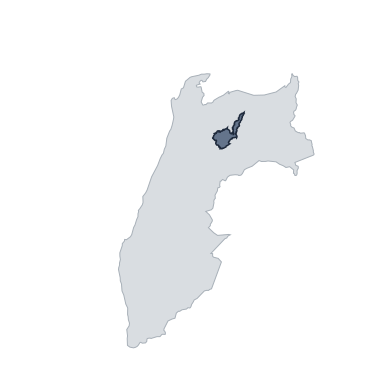 Alto Amazonas, Loreto, Peru shown in context, rotated 43°
{"feature_id": "86281439B99905701957938", "entity_name": "Alto Amazonas", "entity_type": "district", "adm_level": 2, "iso_a3": "PER", "parent_name": "Peru", "parent_adm1": "Loreto", "projection": "equal_earth", "projection_center": [-76.069, -4.915], "detail": "fine", "context": "in_parent", "style": "filled", "palette": "slate", "viewbox_px": 384, "rotation_deg": 43, "n_neighbors": 0, "source": "geoboundaries", "source_scale": "gbopen_adm2", "svg_char_len": 8529}
<svg xmlns="http://www.w3.org/2000/svg" viewBox="0 0 384 384"><g transform="rotate(43 192 192)"><path d="M256.9,108.0L256.8,109.1L255.7,109.7L254.8,108.9L253.4,109.1L251.3,106.5L246.2,106.9L244.0,110.0L240.7,110.6L237.0,112.0L232.9,112.6L226.4,117.5L224.9,119.5L222.0,122.3L219.6,123.3L218.4,132.1L216.0,137.2L215.1,140.0L216.3,144.2L216.3,146.3L215.0,148.0L213.9,148.2L211.7,150.0L208.4,153.9L207.8,156.9L208.9,160.8L208.5,161.2L205.8,162.0L205.8,164.2L205.3,165.0L207.6,168.2L208.8,168.9L208.9,169.7L208.7,170.5L208.2,170.8L208.1,171.5L209.8,173.9L211.0,178.6L213.4,180.8L213.4,182.3L214.1,183.8L215.4,184.9L218.3,189.6L218.3,191.8L215.3,196.8L220.3,196.8L225.8,198.5L226.6,199.3L227.2,201.5L227.3,203.0L228.4,204.2L228.3,206.9L235.6,207.0L240.3,206.3L247.9,197.9L249.2,197.2L248.5,199.0L248.4,200.4L248.8,201.8L247.9,203.8L247.7,224.1L249.1,223.0L250.9,224.9L252.2,225.0L256.4,222.7L261.2,223.1L272.3,249.5L271.3,251.3L271.3,252.6L269.9,253.8L268.5,255.9L268.3,266.4L267.2,269.5L267.8,271.2L268.4,274.5L269.4,276.5L269.6,277.8L269.5,278.3L267.9,279.4L267.8,281.3L265.0,285.0L264.4,287.6L263.4,288.4L263.1,291.2L265.6,295.9L264.0,298.6L262.4,302.7L264.9,311.3L265.9,312.5L267.0,312.4L268.7,313.2L269.5,314.4L267.5,316.1L267.1,316.8L267.2,319.6L265.0,321.7L261.9,327.1L261.1,327.3L259.6,329.0L259.3,329.8L259.5,330.5L260.8,332.1L260.9,334.1L258.7,336.5L257.2,336.8L256.6,337.4L257.2,340.7L257.2,342.2L256.7,343.9L255.6,345.8L252.4,347.8L249.4,348.2L244.5,343.3L243.0,341.2L238.1,337.1L237.3,332.7L235.7,330.5L232.7,328.9L230.3,326.7L228.5,325.6L224.1,320.7L220.0,319.1L212.4,313.9L208.3,312.1L203.1,307.3L200.2,305.9L198.0,303.7L191.1,298.8L190.0,297.3L188.9,294.9L187.4,293.4L185.7,290.2L183.1,288.2L180.7,285.7L177.6,278.8L176.2,277.2L176.1,274.1L175.1,272.6L176.6,271.6L177.5,266.7L177.0,264.3L173.5,257.7L172.8,255.0L170.3,249.9L169.3,246.9L167.3,244.7L166.4,242.8L165.3,242.0L165.2,239.7L164.4,235.2L163.3,233.0L159.1,228.8L158.7,224.3L157.8,221.1L152.1,208.4L148.8,196.1L146.0,189.3L144.8,185.3L144.7,183.2L142.6,179.6L141.5,176.2L136.9,169.8L134.1,162.7L133.8,160.6L131.9,156.6L128.9,151.5L127.5,149.5L118.5,143.2L114.3,139.3L113.8,137.3L114.0,136.2L114.9,135.1L116.2,135.9L117.0,135.6L117.6,134.2L117.6,132.1L116.8,129.3L113.9,124.0L114.7,121.6L111.7,115.5L112.4,109.5L113.1,108.0L117.4,101.9L118.6,99.3L120.4,97.7L122.3,95.3L124.6,93.4L125.3,94.1L125.9,97.3L125.8,99.5L126.5,101.9L124.9,104.0L123.2,103.6L122.5,104.1L122.3,105.2L122.5,106.8L123.0,107.5L124.3,107.5L122.5,110.7L122.7,111.4L123.9,111.9L125.0,111.1L126.3,109.3L127.0,109.0L131.4,112.1L133.4,111.8L135.0,113.2L135.1,115.5L137.3,119.9L140.6,121.0L141.1,120.6L141.9,119.0L142.6,118.7L142.7,116.2L145.6,113.6L146.0,111.8L145.6,110.6L145.6,109.6L147.3,103.7L147.8,103.1L148.3,101.3L148.9,100.1L149.9,93.6L150.7,93.6L151.4,95.2L152.3,94.8L151.8,93.3L152.0,92.8L155.1,87.6L156.1,86.4L171.2,79.2L178.7,71.8L185.3,61.5L187.4,51.0L188.2,51.8L189.4,51.5L189.0,47.3L189.3,45.3L189.3,44.7L187.2,42.1L186.3,39.4L184.5,37.8L184.6,37.2L186.5,37.8L188.3,37.6L189.8,35.8L190.9,36.0L193.3,38.3L195.2,38.6L195.7,40.2L197.5,41.5L200.1,45.1L201.2,49.0L201.1,49.8L202.3,51.8L204.7,52.8L207.1,55.7L209.7,56.6L210.8,59.2L211.5,60.1L211.9,61.6L211.5,63.3L211.8,64.3L213.7,65.8L215.3,65.9L215.7,66.6L216.6,70.9L216.0,73.1L216.2,74.3L218.3,75.4L218.9,76.3L220.6,76.5L223.0,75.6L225.9,76.9L228.2,76.4L229.2,76.1L230.3,75.1L231.1,75.2L233.5,72.4L234.1,72.2L236.6,73.4L238.7,75.3L241.2,74.9L242.3,73.8L244.1,73.1L247.5,75.4L248.2,76.5L249.1,76.7L252.7,79.1L253.4,80.0L255.3,80.9L255.7,81.6L255.5,82.5L247.1,100.2L249.7,101.7L252.1,100.8L253.4,101.9L254.3,104.8L256.2,106.7L256.9,108.0Z" fill="#d9dde1" stroke="#a8b0b8" stroke-width="1"/><path d="M186.2,133.7L186.3,133.2L186.5,132.6L186.6,131.8L186.8,131.0L186.2,131.3L186.0,131.2L185.5,131.1L185.2,130.9L184.8,130.8L184.8,130.6L184.9,130.4L184.6,130.0L184.4,129.8L184.4,129.7L184.7,129.2L184.6,128.7L184.3,128.1L184.3,127.5L184.3,127.2L184.6,126.6L184.5,126.2L184.5,125.9L185.0,125.9L185.1,125.6L185.1,125.4L185.0,125.2L184.7,124.7L184.8,124.5L186.1,123.1L186.4,122.4L186.6,122.1L186.9,122.0L187.4,122.0L187.7,122.1L187.4,121.3L187.2,120.9L187.0,120.7L186.3,120.3L186.0,120.2L185.8,120.1L185.2,120.1L184.9,119.8L184.6,120.0L184.4,120.0L184.1,119.9L183.9,119.6L183.8,119.2L184.1,118.6L184.1,118.4L183.3,117.9L183.4,117.7L183.3,117.0L183.2,116.6L182.3,116.1L181.9,115.9L181.7,115.3L181.8,114.7L181.7,114.3L181.7,114.2L181.4,114.1L181.2,114.0L181.4,113.3L181.4,112.8L181.4,112.4L181.5,112.2L181.6,111.8L181.5,111.3L181.3,111.0L180.6,110.6L180.4,110.4L180.2,110.4L180.1,110.2L179.9,110.1L179.6,109.6L179.5,109.1L179.7,108.7L179.7,108.4L179.6,107.7L179.0,107.1L178.9,107.0L178.9,106.7L179.1,106.1L179.0,105.5L178.9,105.4L178.8,105.2L178.8,104.8L178.7,104.7L178.4,104.6L178.1,104.0L178.1,103.6L178.0,103.3L177.8,103.1L177.5,102.8L177.2,102.6L177.3,102.3L177.2,102.0L177.2,101.4L177.1,101.1L177.1,100.9L176.8,100.5L176.7,100.3L176.7,99.6L176.4,99.8L176.3,99.6L176.4,99.3L176.2,99.2L176.2,98.9L176.1,98.7L176.0,98.8L175.8,98.7L175.7,98.5L175.6,99.2L175.6,99.5L175.6,99.9L175.5,100.0L175.4,100.1L175.1,100.1L174.9,100.3L175.0,100.9L174.8,101.4L174.6,101.6L174.5,102.0L174.4,102.7L174.6,103.3L174.8,103.7L174.8,104.0L175.4,104.7L175.5,105.2L175.5,105.4L175.6,105.9L175.7,106.0L176.1,106.3L175.9,106.5L176.3,106.7L176.5,107.0L176.8,107.1L176.7,107.3L176.7,107.7L176.9,108.1L176.9,108.3L176.9,108.6L176.6,108.9L176.3,109.2L176.0,109.4L176.0,109.6L176.0,109.8L175.8,110.1L175.7,110.3L175.9,110.5L175.8,110.8L175.6,111.0L175.5,111.3L175.5,111.5L175.7,111.8L175.8,112.2L176.0,112.9L176.4,113.0L176.5,113.0L176.6,113.3L176.9,113.5L176.7,113.6L177.1,114.4L177.3,114.7L177.2,115.5L177.3,115.7L177.6,115.8L177.8,116.1L177.6,116.9L177.6,117.2L177.7,117.4L178.0,117.7L178.5,117.5L178.8,118.1L178.9,118.3L179.5,118.0L179.7,118.6L179.8,118.7L180.1,118.8L180.3,119.0L180.6,119.5L180.8,119.6L181.5,120.1L181.9,120.5L182.0,120.7L182.4,120.8L183.0,121.2L183.1,121.4L183.0,121.8L182.5,121.5L182.3,121.5L181.7,121.6L181.3,122.0L181.1,121.9L181.0,121.6L180.9,121.5L180.9,122.6L180.6,122.5L180.3,122.5L180.1,122.6L179.8,122.9L179.5,122.9L179.3,122.8L179.0,122.6L178.0,121.7L177.5,121.4L176.6,121.5L175.8,121.6L175.5,121.7L175.1,121.7L174.6,122.0L174.4,122.0L174.4,121.9L174.4,121.4L174.2,121.2L174.0,120.9L174.0,121.1L174.0,121.4L174.1,121.5L174.1,122.3L173.9,122.5L173.7,122.7L173.5,123.0L173.3,123.4L173.3,123.5L173.4,123.8L173.4,124.0L173.2,124.2L173.1,124.4L173.3,124.8L173.3,125.2L173.2,125.3L172.7,125.2L172.4,124.8L172.2,125.0L172.1,125.4L172.2,125.5L172.3,125.8L172.4,126.3L172.3,126.5L172.5,126.7L172.5,126.9L172.3,127.1L172.1,126.9L172.0,127.3L171.9,127.5L171.7,128.4L171.8,128.6L171.8,128.8L171.7,128.8L171.7,129.0L171.4,129.0L171.0,129.5L170.9,129.6L170.8,129.4L170.7,129.4L170.6,129.2L170.5,128.9L170.4,128.8L170.2,129.0L170.1,128.9L170.2,128.7L170.0,128.8L169.6,129.3L169.2,129.7L169.2,129.9L169.1,130.0L169.0,130.3L169.0,130.5L169.2,130.9L169.5,131.4L169.4,131.5L169.2,131.5L169.1,131.8L169.1,132.1L169.4,132.1L169.4,132.3L169.5,132.4L169.3,132.5L169.3,132.8L169.5,132.9L169.5,133.0L169.4,133.1L169.0,133.0L168.9,133.1L168.8,133.6L168.5,133.8L168.4,134.0L168.5,134.0L168.6,133.9L168.8,133.9L169.1,133.9L169.2,134.0L169.3,134.2L169.3,134.5L169.4,134.8L169.4,135.0L169.4,135.5L169.4,135.9L169.6,136.3L169.8,136.5L169.9,136.9L170.1,137.1L170.1,137.3L170.3,137.4L170.3,137.5L170.3,137.9L170.2,138.3L170.3,138.4L170.5,138.4L170.7,138.6L170.9,138.5L171.2,138.5L171.3,138.5L171.4,138.4L171.6,138.4L171.9,138.5L172.0,138.6L172.4,138.6L172.7,138.4L172.8,138.5L173.0,138.6L173.2,138.4L173.4,138.5L173.7,138.6L173.8,138.5L174.2,138.4L174.4,138.4L174.6,137.7L175.1,137.9L175.2,138.1L175.5,138.9L175.6,139.0L175.8,139.3L175.8,139.6L175.8,139.8L176.0,140.0L176.3,140.3L176.5,140.4L176.7,140.5L177.3,140.6L178.0,140.8L178.7,140.2L179.0,140.0L179.3,140.1L179.6,139.9L179.8,140.0L180.4,140.0L180.5,140.4L180.7,140.6L180.9,140.7L181.2,140.6L181.6,140.8L181.9,140.8L181.9,140.7L181.8,140.4L181.7,140.3L181.7,140.1L181.9,140.1L182.0,140.1L182.3,140.1L182.5,140.3L182.7,140.5L182.8,140.5L182.7,140.7L182.8,140.7L182.7,140.7L182.7,140.8L182.8,140.9L183.0,140.8L183.3,140.8L183.4,140.7L183.4,140.8L183.5,140.7L183.7,140.3L183.8,140.3L183.9,140.0L184.0,139.9L184.1,140.0L184.3,140.0L184.4,139.9L184.5,139.9L184.6,139.6L184.6,139.0L184.7,138.8L184.8,138.7L185.1,138.5L185.3,138.4L185.3,138.2L185.4,137.6L185.6,137.2L185.8,136.6L186.1,136.0L185.7,135.1L185.7,134.8L185.8,134.7L185.9,134.3L186.1,134.1L186.2,133.7Z" fill="#64748b" stroke="#1e293b" stroke-width="1.5"/></g></svg>